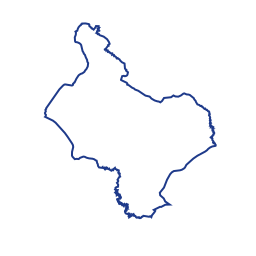 the district of Phon Na Kaeo, Sakon Nakhon, Thailand, rotated 24°
{"feature_id": "78962969B15613866978457", "entity_name": "Phon Na Kaeo", "entity_type": "district", "adm_level": 2, "iso_a3": "THA", "parent_name": "Thailand", "parent_adm1": "Sakon Nakhon", "projection": "mercator", "projection_center": [104.325, 17.213], "detail": "fine", "context": "isolated", "style": "outline", "palette": "blue", "viewbox_px": 256, "rotation_deg": 24, "n_neighbors": 0, "source": "geoboundaries", "source_scale": "gbopen_adm2", "svg_char_len": 5784}
<svg xmlns="http://www.w3.org/2000/svg" viewBox="0 0 256 256"><g transform="rotate(24 128 128)"><path d="M165.4,209.1L166.6,207.3L166.7,206.6L167.0,206.5L166.8,206.1L167.6,205.4L167.4,205.2L167.7,205.2L168.1,204.5L169.1,205.6L169.4,205.2L170.1,205.6L170.6,205.4L171.4,206.1L172.2,206.4L172.7,205.9L173.5,205.9L173.7,205.4L174.2,205.5L174.6,205.1L175.2,205.6L175.7,205.4L176.4,204.8L176.6,203.6L177.3,203.2L177.7,202.0L183.4,200.5L184.1,199.6L185.6,200.0L185.4,198.0L186.4,194.3L186.6,192.7L184.9,192.3L189.3,187.0L190.4,186.6L193.3,182.9L197.2,181.0L191.9,180.0L189.3,177.8L184.8,176.4L183.4,174.2L185.1,167.8L184.7,159.4L185.3,153.0L186.1,150.6L187.4,148.7L192.7,145.5L194.2,144.2L195.6,142.2L196.1,141.0L196.3,137.9L200.1,129.4L202.7,125.1L208.1,118.1L209.2,116.2L209.8,114.4L211.0,112.3L212.5,110.6L215.2,108.7L215.1,107.9L214.6,107.7L213.7,106.8L212.9,107.0L213.0,106.5L212.6,106.3L212.1,106.7L211.6,106.6L211.5,105.5L209.8,104.6L209.4,103.3L207.9,103.1L208.1,102.5L207.6,102.5L207.8,102.1L208.3,101.9L208.1,101.5L208.5,101.0L208.3,100.5L208.5,99.8L208.8,99.6L208.6,99.1L208.8,98.8L208.7,97.9L208.9,97.8L208.8,97.5L208.0,97.4L208.1,96.8L207.7,96.5L207.3,96.6L206.8,96.1L206.8,95.7L206.4,95.8L206.4,95.3L205.9,95.4L205.3,94.0L205.7,93.6L205.3,93.6L205.5,93.2L205.4,92.6L204.9,92.8L204.5,92.4L204.2,92.6L203.4,92.2L203.1,93.0L202.8,92.2L202.1,92.5L202.1,92.1L201.3,90.9L201.6,90.5L201.0,90.4L201.2,89.4L200.6,89.3L200.5,88.5L199.9,88.0L200.2,87.3L199.6,87.2L199.5,86.5L198.9,86.1L198.9,85.2L198.0,84.1L197.0,83.6L197.1,82.4L196.7,82.3L196.8,81.8L196.2,81.4L195.9,80.5L195.0,79.9L194.4,80.1L192.7,79.3L192.3,79.6L191.6,79.3L190.6,79.4L190.4,79.0L190.0,79.3L189.5,79.3L187.6,78.4L186.9,78.5L186.2,77.9L185.2,78.5L183.9,78.0L181.8,78.2L179.4,76.5L178.7,75.7L176.9,74.9L176.0,74.0L171.1,72.7L169.8,72.8L167.8,73.5L165.4,73.5L164.6,74.1L163.1,76.8L161.2,78.9L158.5,79.9L156.3,79.8L154.8,82.4L148.7,85.9L148.1,89.5L147.1,91.4L145.4,91.3L144.0,91.7L141.1,92.0L137.5,91.6L135.0,90.5L130.8,91.3L122.2,89.8L118.8,90.0L117.4,89.5L115.3,89.5L111.4,88.6L109.6,88.7L109.4,87.7L108.4,87.2L102.2,87.0L102.0,86.8L101.6,83.0L103.0,82.0L104.0,82.0L104.9,81.4L105.7,80.3L105.8,79.5L105.3,77.1L102.9,76.4L102.9,75.6L101.1,75.0L98.6,70.5L95.7,70.4L93.3,69.5L92.4,68.8L90.9,68.6L90.3,68.8L90.0,68.4L89.3,69.0L88.3,68.1L86.6,67.7L86.2,68.0L85.8,67.4L85.6,67.7L85.2,67.4L84.4,67.3L84.4,67.0L83.9,66.8L83.7,67.1L83.6,66.7L82.8,66.6L82.8,66.4L81.6,66.9L81.0,66.5L80.3,66.5L80.2,66.2L79.8,66.1L79.6,66.4L78.9,66.2L78.6,66.5L78.1,65.5L77.6,65.8L77.0,65.6L76.8,65.9L76.6,65.4L75.0,65.9L74.8,65.6L75.5,64.5L76.2,61.5L76.8,60.8L76.1,60.3L77.0,58.6L75.6,57.2L72.8,55.4L68.6,54.4L64.6,54.7L63.6,54.5L63.1,53.9L62.4,54.0L62.0,54.5L61.4,54.0L60.6,54.0L60.8,53.6L60.6,52.8L60.8,52.6L60.4,52.2L61.2,51.4L60.8,51.2L60.8,50.8L61.1,50.8L60.7,50.4L61.1,50.3L60.7,50.1L61.0,49.8L60.8,49.2L60.4,49.1L60.7,48.9L60.5,48.7L60.8,48.0L60.1,48.0L59.7,46.9L57.3,47.9L57.3,49.4L56.6,52.1L55.2,51.8L54.7,51.9L54.2,51.7L54.2,51.4L53.9,51.2L53.2,51.3L52.3,50.8L51.5,50.8L51.0,50.3L50.6,49.3L50.0,49.0L46.9,49.7L43.6,51.2L43.6,51.8L43.1,52.2L43.1,53.2L42.5,54.0L41.9,56.0L41.8,57.7L42.1,59.8L41.3,60.5L40.8,61.3L41.6,61.9L42.4,64.1L42.5,66.8L44.3,70.2L45.1,70.8L47.0,70.3L49.0,70.3L50.3,70.6L51.4,71.2L55.3,76.3L56.7,77.2L57.3,78.0L58.9,78.7L60.8,80.7L62.9,82.4L63.9,84.0L65.2,84.9L66.2,88.2L66.0,91.3L65.5,92.6L65.3,94.5L64.1,96.6L62.8,97.8L61.8,99.3L61.4,100.3L60.8,104.0L60.7,108.0L60.4,108.2L60.3,108.9L59.8,109.9L60.2,110.8L60.0,111.5L59.5,112.0L53.0,113.7L52.2,114.2L51.4,115.6L49.6,120.6L45.2,143.3L45.5,143.8L45.2,145.1L46.1,146.1L46.0,148.1L46.6,148.8L47.7,149.4L48.0,151.0L47.8,151.5L56.4,151.8L59.7,152.6L72.3,158.2L76.6,160.7L83.2,164.9L84.7,166.1L85.7,167.7L86.6,172.6L88.0,175.9L88.8,176.7L92.0,178.1L93.6,177.1L95.6,176.4L96.3,174.8L98.8,172.3L100.2,171.9L102.2,172.0L104.7,171.6L108.1,170.5L110.1,170.3L111.5,170.7L112.6,170.6L114.3,172.8L115.1,173.3L116.0,174.8L117.6,175.8L120.3,175.0L120.7,174.1L121.2,174.7L121.9,174.6L122.5,173.8L122.8,173.9L123.7,175.2L124.0,175.2L124.3,174.4L123.7,173.4L124.1,172.8L125.0,172.8L125.1,173.6L125.4,173.8L126.0,173.5L126.9,173.5L127.3,172.8L128.2,173.5L130.2,173.8L130.6,173.3L130.6,172.4L131.6,172.4L131.4,171.6L132.3,169.7L133.2,170.6L134.5,170.5L135.2,171.0L135.7,170.5L136.8,170.5L136.9,171.2L137.3,171.7L137.2,172.6L137.7,173.1L138.2,172.7L138.9,172.9L139.2,173.2L139.1,174.1L140.6,175.6L139.7,176.9L139.8,177.7L139.5,179.6L140.6,180.3L140.7,181.2L140.2,182.6L142.0,183.7L142.6,185.2L142.4,185.6L142.6,185.8L141.3,186.9L140.9,187.9L141.5,188.6L141.2,189.4L142.0,189.7L143.8,188.9L143.9,190.1L144.3,190.7L144.0,191.2L142.9,190.7L142.6,192.0L144.1,191.7L143.9,192.8L144.6,193.1L145.0,193.9L145.2,193.5L145.1,192.8L145.7,193.0L145.9,192.0L146.4,192.1L146.7,192.6L146.4,193.4L146.8,193.6L147.6,193.5L147.2,192.7L147.7,192.3L148.3,193.0L148.2,194.4L148.8,194.6L149.5,194.0L149.8,194.3L149.8,195.3L149.4,196.0L148.1,196.5L147.9,197.8L147.3,197.2L147.0,197.5L147.2,197.9L148.5,198.6L148.7,199.3L149.5,199.7L149.8,199.5L149.5,198.5L150.3,198.7L151.1,199.6L150.5,200.5L150.6,200.8L151.6,200.8L152.2,199.9L152.1,199.3L152.4,199.1L153.7,199.5L153.6,200.6L154.1,201.0L154.4,200.9L154.3,200.3L154.7,200.1L156.0,201.0L156.2,200.0L155.3,199.8L155.7,198.8L157.2,199.7L157.1,198.8L157.9,198.6L157.8,198.0L158.9,198.0L159.0,198.3L158.6,199.2L159.1,199.5L159.0,200.2L159.8,200.0L160.1,200.3L159.9,200.9L159.1,201.0L159.0,201.5L159.9,201.5L160.4,201.8L159.0,202.3L160.0,203.3L160.3,203.8L160.2,204.2L159.1,204.1L159.0,204.9L159.2,205.6L160.1,206.6L161.1,207.0L162.7,206.7L163.1,205.9L163.5,206.0L163.4,206.7L164.0,206.8L164.2,206.7L164.1,205.9L164.3,205.6L164.6,205.7L165.1,206.4L165.8,206.7L164.4,208.1L164.5,208.5L165.1,208.5L165.4,209.1Z" fill="none" stroke="#1e3a8a" stroke-width="2"/></g></svg>